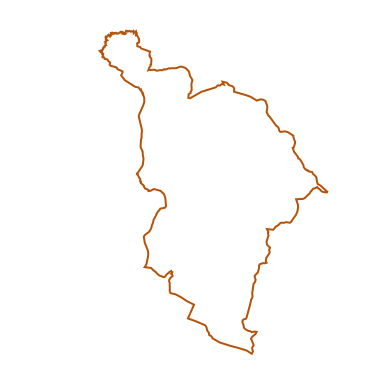 outline of Agona West Municipal, Central, Ghana, rotated 197°
{"feature_id": "2480657B39435178884870", "entity_name": "Agona West Municipal", "entity_type": "district", "adm_level": 2, "iso_a3": "GHA", "parent_name": "Ghana", "parent_adm1": "Central", "projection": "albers", "projection_center": [-0.776, 5.629], "detail": "fine", "context": "isolated", "style": "outline", "palette": "amber", "viewbox_px": 384, "rotation_deg": 197, "n_neighbors": 0, "source": "geoboundaries", "source_scale": "gbopen_adm2", "svg_char_len": 6053}
<svg xmlns="http://www.w3.org/2000/svg" viewBox="0 0 384 384"><g transform="rotate(197 192 192)"><path d="M195.1,306.4L192.9,304.0L194.6,304.1L195.1,303.9L196.4,302.0L196.8,301.8L198.1,301.7L198.7,301.3L199.9,299.0L212.0,290.8L221.4,281.0L223.0,281.0L223.8,284.4L222.3,286.3L222.6,287.3L222.2,288.5L222.3,290.0L224.1,294.9L224.3,299.2L227.9,302.5L229.3,304.9L229.7,305.9L231.3,307.1L234.0,308.4L235.4,308.8L238.8,308.8L240.6,308.0L242.5,306.4L244.5,305.3L247.6,304.5L248.8,303.8L250.4,303.5L251.5,302.5L253.5,301.2L254.6,301.3L255.6,300.0L257.2,299.4L258.1,299.3L260.3,298.0L261.5,297.7L262.3,297.7L263.1,298.0L264.6,297.7L266.0,297.0L266.8,296.8L267.4,296.4L268.3,296.5L269.3,295.7L269.3,297.8L268.5,300.7L268.8,301.1L268.9,301.6L268.5,301.8L268.4,302.2L268.8,303.8L269.7,307.3L272.5,309.7L272.3,310.2L273.0,311.9L273.3,314.0L282.5,314.4L283.7,315.3L284.2,315.5L286.9,315.4L287.9,318.0L287.4,319.1L287.2,319.2L286.8,319.1L286.4,319.4L286.6,321.1L287.4,322.0L287.4,322.9L290.3,325.8L291.5,325.3L291.7,325.5L291.7,326.0L291.4,326.5L291.5,326.8L291.2,327.4L291.7,327.8L291.6,328.1L292.3,328.4L292.6,329.2L294.1,326.8L294.5,328.1L295.2,328.3L294.9,328.8L295.1,329.0L295.8,328.1L296.6,328.0L297.2,327.4L297.5,327.4L297.8,327.8L298.3,327.5L299.2,327.7L300.3,326.6L301.0,327.1L302.2,326.9L302.3,325.1L301.7,324.3L302.4,323.9L302.3,323.4L302.5,323.2L303.2,323.2L303.1,323.6L303.4,323.8L304.0,323.5L303.8,324.1L304.6,324.2L305.1,323.7L305.3,324.0L305.1,324.7L305.3,324.9L306.9,324.4L306.9,323.6L307.8,323.5L308.3,322.5L309.0,321.9L309.6,322.0L310.0,321.8L310.1,321.4L310.9,321.5L311.2,322.0L311.4,322.0L311.7,321.7L312.3,321.6L312.5,320.9L313.0,321.0L313.3,320.6L313.7,321.0L315.0,321.1L316.1,320.3L315.4,319.3L314.8,319.0L315.0,318.7L315.3,318.7L316.1,318.1L315.9,317.9L315.5,318.0L315.4,317.6L315.8,317.4L315.9,316.8L317.6,318.0L317.7,317.8L317.4,317.4L318.1,317.3L318.2,316.4L318.6,315.8L319.2,315.7L319.2,315.4L318.8,315.4L318.9,314.9L318.7,314.7L319.9,315.1L319.9,314.5L319.4,314.0L319.0,314.1L319.1,313.4L318.9,313.4L318.8,312.7L317.3,312.3L318.2,311.2L318.6,311.3L318.5,310.9L318.8,310.4L318.5,310.4L318.0,309.5L318.0,309.2L318.3,309.1L318.3,308.7L318.0,308.7L317.7,307.8L317.2,307.3L317.6,307.2L317.9,306.6L318.0,305.2L318.3,305.2L318.3,305.5L318.5,305.5L318.8,304.9L318.5,304.2L318.7,303.3L319.1,303.7L319.3,303.3L319.1,302.2L319.4,300.3L319.8,300.1L320.0,300.8L320.5,300.8L321.3,300.1L320.5,300.0L320.7,299.6L320.6,299.2L320.4,299.1L320.2,299.5L319.8,299.6L319.6,299.0L318.7,299.1L318.5,298.4L317.3,298.2L317.3,297.8L317.8,297.4L317.0,296.9L317.2,296.4L316.9,295.3L317.1,294.9L316.7,294.7L315.9,295.1L315.2,294.9L314.6,293.8L313.2,293.8L312.7,294.0L311.5,293.9L310.0,292.6L308.8,292.3L308.2,291.8L307.9,289.5L306.4,288.8L305.2,289.0L300.9,289.1L299.9,288.6L299.5,288.0L298.8,287.6L296.6,287.5L293.9,286.9L293.7,287.0L293.3,286.0L293.8,282.8L289.0,279.3L277.1,276.0L273.7,276.3L270.2,273.8L270.2,274.3L267.8,271.2L267.6,271.7L265.0,267.6L263.9,263.9L264.0,260.4L265.2,250.3L265.0,248.7L257.8,236.3L257.1,232.3L256.1,229.4L256.0,226.7L254.3,219.9L251.0,216.2L249.8,212.8L248.3,210.1L247.8,208.2L247.1,204.2L247.0,202.6L249.0,195.9L249.9,193.8L249.9,193.6L249.3,193.4L249.6,192.7L248.7,192.5L248.1,191.7L246.2,189.8L245.6,189.6L245.2,189.2L244.8,187.8L245.0,187.6L244.5,186.8L243.8,186.8L243.6,185.6L239.9,184.0L239.4,182.9L238.5,182.3L238.1,181.7L234.7,181.3L234.3,181.2L233.9,180.2L231.8,181.2L229.3,183.7L222.4,183.9L217.9,181.6L215.7,178.3L212.7,170.9L213.3,169.0L217.5,166.8L217.7,165.7L218.9,163.1L219.4,161.1L219.6,158.6L220.6,154.3L220.3,150.8L220.6,148.6L220.4,146.4L220.5,144.8L221.3,141.6L224.5,137.0L224.8,136.2L225.0,135.1L222.3,129.6L218.0,124.3L216.9,122.7L215.9,120.6L215.3,118.2L214.5,110.2L214.6,108.9L215.3,106.3L208.8,107.4L206.3,105.9L204.1,105.2L199.4,102.7L194.4,102.3L193.4,102.6L192.9,103.4L192.3,105.4L190.1,109.0L188.9,110.3L188.6,109.8L187.4,109.6L187.5,108.3L188.0,107.7L186.7,107.1L186.0,106.0L186.4,105.2L187.4,103.9L188.1,101.3L187.7,99.7L186.6,98.4L186.2,96.4L185.6,95.1L184.3,90.6L183.0,89.0L177.6,89.3L171.9,88.2L164.7,86.1L157.1,84.8L158.9,69.9L150.4,69.5L140.3,68.4L138.6,66.8L136.9,63.9L134.6,62.2L133.9,60.4L133.3,60.1L131.8,60.0L130.5,59.2L129.6,58.1L125.6,57.1L121.3,56.2L110.0,56.1L103.1,56.4L93.6,56.4L87.5,54.8L87.1,57.4L88.8,60.0L88.8,61.6L88.2,63.2L88.3,63.6L91.7,68.0L92.7,68.7L92.2,70.9L91.3,72.5L90.7,73.1L89.7,75.1L89.3,77.1L91.2,76.9L93.7,75.5L95.4,75.9L97.6,75.6L101.0,76.5L102.2,77.1L102.9,78.0L103.8,79.7L105.7,82.2L106.1,84.0L105.0,85.6L103.1,86.8L103.5,101.3L104.0,106.7L103.6,107.3L103.5,109.2L103.9,110.9L104.8,112.6L106.3,122.4L105.7,123.3L105.4,125.2L105.5,126.6L107.1,129.0L107.6,130.2L105.5,134.4L105.7,139.3L106.4,141.3L106.0,142.6L105.4,143.3L103.3,144.7L101.6,145.1L100.0,146.2L100.8,146.8L101.2,147.4L101.7,150.7L100.2,155.6L100.1,157.4L101.3,159.0L101.1,161.6L104.7,163.4L105.4,164.5L106.2,166.3L106.1,172.8L107.2,174.5L107.4,175.5L107.2,176.0L109.5,178.5L103.4,179.6L103.0,180.1L101.9,183.2L100.0,185.1L98.4,188.2L97.6,188.8L95.3,189.3L93.0,190.7L89.4,191.2L88.1,193.0L88.2,193.9L85.9,200.5L85.5,204.3L86.1,208.7L86.9,210.7L90.3,215.5L83.9,217.8L82.5,219.0L80.7,222.3L79.0,225.1L78.7,227.0L77.9,228.5L77.6,229.6L76.9,230.8L75.8,231.2L74.9,232.2L74.2,232.7L73.8,233.3L73.2,232.8L70.0,231.6L68.5,230.7L66.9,230.3L62.9,231.0L62.7,231.8L70.6,235.6L74.2,236.5L75.6,238.6L77.2,242.1L78.4,243.2L81.6,244.7L83.1,246.3L86.1,245.8L88.3,246.3L88.0,246.6L90.8,247.2L92.4,248.4L93.4,250.4L97.9,254.5L100.0,255.5L100.3,255.3L101.4,256.9L106.3,260.4L108.3,263.3L107.9,263.3L107.7,265.5L107.7,268.1L107.8,268.1L108.0,270.1L108.7,270.8L111.2,274.3L111.6,275.5L117.2,277.1L118.9,277.3L121.2,277.0L124.3,275.6L125.3,275.4L126.6,276.3L127.3,277.7L128.4,279.0L129.7,279.7L130.4,279.8L131.3,280.3L137.5,285.0L140.6,287.2L141.3,287.3L144.1,290.4L144.6,294.6L145.2,296.3L148.5,300.6L150.8,301.0L152.7,300.9L154.3,300.2L156.7,298.4L163.8,300.2L168.7,300.4L181.1,300.2L181.8,303.1L182.9,304.3L184.1,304.9L188.4,305.1L189.3,306.0L190.5,306.7L195.1,306.4Z" fill="none" stroke="#b45309" stroke-width="2"/></g></svg>